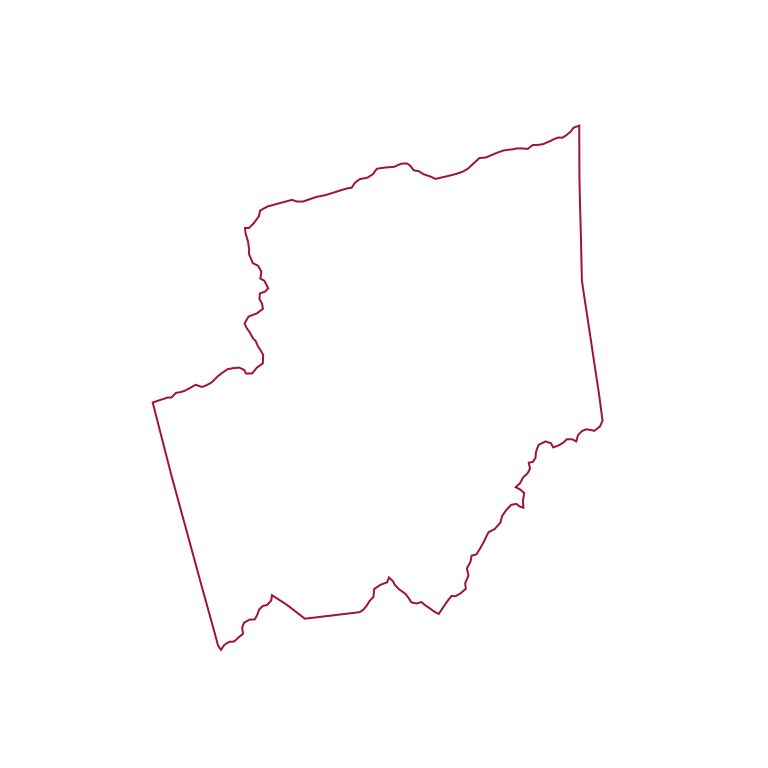 the district of Cantagalo, Rio de Janeiro, Brazil, rotated 13°
{"feature_id": "56859067B51854639642219", "entity_name": "Cantagalo", "entity_type": "district", "adm_level": 2, "iso_a3": "BRA", "parent_name": "Brazil", "parent_adm1": "Rio de Janeiro", "projection": "equal_earth", "projection_center": [-42.336, -21.867], "detail": "fine", "context": "isolated", "style": "outline", "palette": "rose", "viewbox_px": 768, "rotation_deg": 13, "n_neighbors": 0, "source": "geoboundaries", "source_scale": "gbopen_adm2", "svg_char_len": 2754}
<svg xmlns="http://www.w3.org/2000/svg" viewBox="0 0 768 768"><g transform="rotate(13 384 384)"><path d="M224.3,242.8L224.4,248.5L221.0,256.5L217.5,262.2L213.5,263.3L215.2,268.3L219.6,276.1L222.2,282.9L223.3,287.8L226.1,291.7L229.0,295.8L234.8,297.1L239.3,302.3L239.8,309.1L244.2,310.3L249.7,316.8L247.1,320.9L242.6,323.7L243.6,329.4L247.1,333.2L249.1,338.0L244.2,343.8L236.9,348.7L234.5,356.3L237.2,360.0L241.5,363.8L246.0,368.9L249.4,371.1L252.4,375.3L255.8,378.5L259.7,382.8L261.3,391.1L256.4,396.7L253.2,403.3L247.3,404.9L244.5,401.7L239.3,400.6L233.4,402.5L228.1,404.9L223.8,409.6L220.0,414.3L215.8,421.1L211.4,425.1L207.2,427.9L200.7,427.1L195.2,432.1L191.1,435.6L187.5,437.7L183.3,439.4L179.9,445.0L176.1,445.9L172.6,448.1L167.5,451.1L162.8,454.1L197.9,521.8L224.3,570.8L250.2,619.0L275.2,665.0L281.1,676.1L284.9,679.7L287.2,674.0L291.0,670.2L296.0,668.5L299.4,663.4L302.8,659.2L300.6,653.2L301.3,648.1L305.9,643.9L310.9,642.5L312.4,637.7L313.2,631.4L316.1,627.3L319.7,625.8L322.8,620.4L322.4,615.0L337.4,620.4L341.0,621.9L347.5,624.9L352.8,627.3L359.6,630.5L411.6,611.8L414.7,608.5L417.0,603.9L418.6,599.0L421.6,593.8L420.6,585.9L425.8,580.4L431.6,576.6L432.4,571.4L437.1,574.2L439.9,577.4L444.6,580.5L452.3,583.7L456.4,587.3L459.8,590.6L465.0,590.6L469.6,588.0L473.7,590.3L479.0,592.2L484.5,594.6L489.1,595.7L491.4,589.6L494.1,582.6L497.3,575.5L501.5,574.6L505.6,570.8L509.8,565.2L507.9,559.7L509.4,551.6L506.2,545.0L508.3,537.6L507.9,531.6L512.3,529.3L514.5,523.1L516.7,515.7L517.9,510.0L519.2,504.9L524.4,500.5L528.6,492.9L528.8,486.0L531.4,479.5L535.1,473.2L539.8,471.0L543.6,472.7L547.7,473.2L545.7,466.6L545.1,458.7L540.8,456.3L535.5,454.9L538.8,450.2L540.6,443.6L544.1,438.5L545.3,433.5L542.7,428.1L546.5,426.5L548.2,422.0L547.4,415.9L548.3,408.6L554.3,403.6L560.1,404.2L563.1,407.7L567.9,404.6L571.6,401.2L574.6,396.7L579.9,395.5L584.2,396.7L584.6,390.2L587.4,385.4L590.9,382.8L595.2,382.3L599.5,382.3L604.0,376.7L605.2,370.6L596.0,346.0L585.9,320.6L572.1,285.6L558.6,251.6L553.5,238.5L543.0,197.2L538.7,180.6L536.8,173.3L534.6,165.0L527.9,138.6L516.1,88.3L511.1,91.6L509.0,96.2L505.7,100.5L502.4,103.9L498.6,104.6L494.9,106.9L491.3,109.9L485.1,114.5L479.9,116.5L475.2,117.7L471.1,122.6L465.0,123.5L460.3,124.6L456.2,126.6L452.4,127.8L448.1,129.5L442.8,132.8L432.0,140.5L426.1,142.4L420.2,151.1L417.2,155.5L413.2,159.2L407.5,162.8L400.1,166.7L387.9,172.6L382.6,171.4L375.3,170.7L370.1,168.8L364.9,169.1L360.7,165.6L356.9,163.9L351.2,165.5L344.9,170.2L337.0,172.6L328.6,175.9L326.0,182.0L321.5,186.6L314.2,189.9L310.5,194.4L308.3,200.0L304.4,201.6L300.3,203.8L285.1,212.8L280.4,215.0L276.1,216.9L270.0,220.7L263.9,224.5L258.2,225.8L252.9,225.3L238.9,232.7L230.5,237.3L224.3,242.8Z" fill="none" stroke="#9f1239" stroke-width="2"/></g></svg>